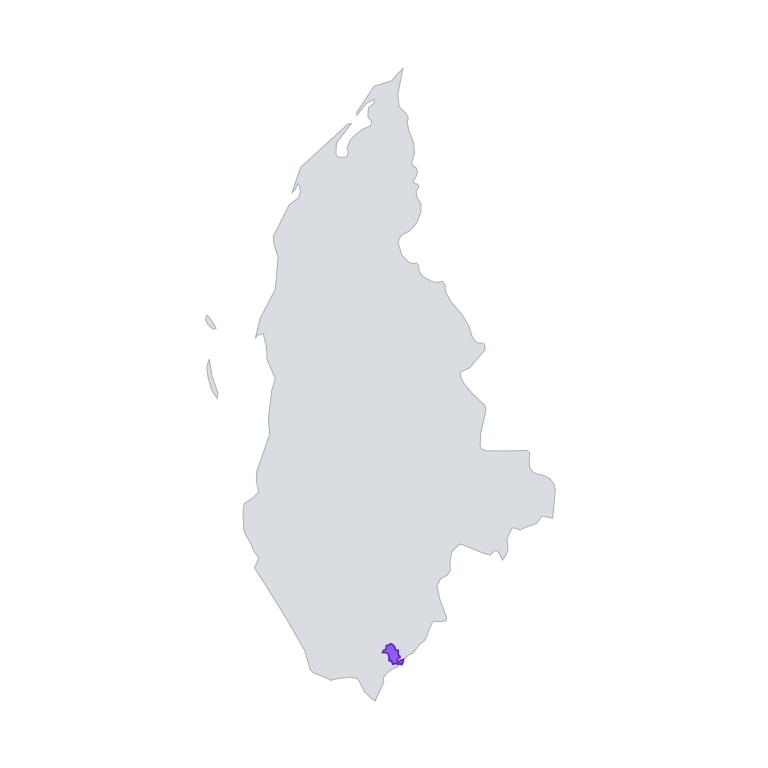 Cololaca, Lempira, Honduras shown in context, rotated 278°
{"feature_id": "27666195B2519536680444", "entity_name": "Cololaca", "entity_type": "district", "adm_level": 2, "iso_a3": "HND", "parent_name": "Honduras", "parent_adm1": "Lempira", "projection": "mercator", "projection_center": [-88.919, 14.306], "detail": "fine", "context": "in_parent", "style": "filled", "palette": "violet", "viewbox_px": 768, "rotation_deg": 278, "n_neighbors": 0, "source": "geoboundaries", "source_scale": "gbopen_adm2", "svg_char_len": 5765}
<svg xmlns="http://www.w3.org/2000/svg" viewBox="0 0 768 768"><g transform="rotate(278 384 384)"><path d="M699.1,358.9L673.0,357.3L660.6,360.5L655.2,367.8L650.6,371.1L646.7,370.4L638.9,373.2L627.1,379.7L616.4,382.2L606.9,380.6L604.1,382.2L603.4,384.3L601.9,386.4L598.3,387.5L594.0,386.9L589.3,384.6L586.8,385.6L586.5,389.8L583.9,391.0L579.1,389.0L573.6,390.5L567.5,395.6L559.0,396.6L548.0,393.7L539.4,388.2L533.4,380.2L526.2,378.1L513.5,384.1L508.2,391.2L507.1,395.5L508.3,399.3L506.0,401.9L500.1,403.2L495.6,408.0L492.5,416.2L491.9,422.6L493.8,427.1L490.8,430.4L483.1,432.5L474.0,439.6L463.5,451.7L453.1,460.1L442.7,464.9L437.7,470.2L438.1,476.0L437.4,477.8L435.5,478.5L432.1,479.3L412.1,466.6L406.3,457.8L401.3,459.1L395.1,463.6L386.2,473.6L376.7,487.1L372.1,488.6L348.4,486.6L335.9,487.8L333.3,489.6L332.1,494.6L332.9,501.2L336.3,525.0L338.2,534.8L336.3,537.8L330.0,538.3L321.7,539.7L317.1,544.2L316.1,548.8L315.6,555.3L313.0,561.9L307.9,566.7L302.8,568.4L274.6,569.7L275.1,558.7L266.9,554.2L262.3,545.0L258.2,538.8L259.6,535.1L259.2,530.7L247.7,527.3L236.9,529.9L230.7,528.2L226.1,525.9L234.0,520.4L234.5,517.1L232.0,514.7L229.4,513.1L230.2,506.9L231.8,499.7L236.2,482.6L234.5,479.7L227.3,474.6L218.2,474.0L208.2,475.6L203.3,473.0L199.1,467.2L191.9,464.4L179.2,469.0L165.8,476.1L161.6,478.6L158.2,478.3L156.7,473.0L156.0,466.8L155.2,465.2L148.0,463.0L139.6,461.4L135.4,459.7L131.3,455.5L121.3,450.0L119.1,445.9L105.7,436.6L103.0,431.9L99.9,428.6L93.4,424.3L88.4,425.3L71.4,419.9L68.9,419.5L71.2,414.8L76.6,407.5L88.2,399.4L89.2,392.9L86.2,380.3L83.1,372.2L84.7,368.6L88.4,353.9L91.2,350.5L108.1,343.1L109.6,342.1L123.0,331.7L137.7,320.2L153.1,307.5L170.2,293.2L179.7,284.9L184.1,281.3L193.9,284.3L201.7,277.5L206.2,275.3L216.7,267.2L220.0,265.5L237.5,262.2L246.0,262.2L253.5,270.4L259.4,274.9L270.5,271.0L279.8,270.2L318.3,277.8L333.5,274.4L361.6,273.7L374.2,275.6L392.0,264.8L403.5,262.7L416.9,257.6L415.1,252.5L411.9,250.2L432.4,252.4L462.9,263.3L495.4,261.4L507.1,255.5L514.7,253.8L547.9,265.0L556.7,273.6L563.6,274.5L568.9,272.5L570.3,270.7L563.8,268.8L560.8,266.2L587.0,271.4L636.4,312.1L637.4,315.4L616.3,303.4L605.2,304.3L602.3,306.3L602.9,312.8L603.9,315.9L608.7,316.3L612.2,314.5L620.9,316.6L626.7,321.0L633.7,327.7L637.9,334.9L642.4,335.1L646.9,330.7L655.3,330.2L660.7,335.0L664.6,334.8L659.2,327.2L646.5,319.7L649.5,319.3L677.6,332.9L685.6,349.8L692.2,353.7L699.1,358.9ZM367.8,212.7L351.5,221.0L346.4,220.8L353.8,214.4L365.9,208.9L376.1,206.2L384.5,207.4L367.8,212.7ZM423.5,203.9L415.8,210.0L414.4,207.3L418.1,201.6L422.8,198.3L427.3,198.7L426.2,201.1L423.5,203.9Z" fill="#d9dde1" stroke="#a8b0b8" stroke-width="1"/><path d="M125.4,422.8L123.4,422.7L122.3,422.9L121.8,422.6L120.4,421.6L120.3,421.0L120.2,420.9L120.0,420.5L119.8,420.4L119.6,420.4L119.2,420.3L118.8,420.4L118.6,420.3L118.5,420.2L118.4,420.2L118.3,420.3L118.2,420.2L117.9,420.0L118.1,421.2L118.1,422.6L118.1,423.3L118.0,424.3L117.8,424.5L117.2,425.8L117.0,426.0L116.9,426.0L116.7,425.9L116.6,426.0L116.4,426.1L116.2,426.1L115.9,426.3L115.6,426.5L115.4,426.5L114.8,426.9L114.7,426.9L114.3,426.9L114.2,426.9L114.1,427.0L113.9,427.1L113.5,427.1L113.4,427.1L113.1,427.3L112.9,427.3L112.8,427.1L112.6,427.1L110.9,427.4L110.9,427.5L110.6,427.8L110.8,428.1L110.8,428.3L111.0,428.4L111.0,428.5L111.1,428.8L111.0,429.0L111.0,429.3L110.7,429.4L110.7,429.5L110.4,429.6L110.2,429.6L110.2,429.8L110.0,430.0L110.2,430.3L110.1,430.5L109.8,430.5L109.7,430.6L109.5,430.8L109.4,430.8L109.3,431.0L109.2,431.1L108.8,431.4L108.7,431.4L108.5,431.5L108.3,431.5L108.2,431.4L108.1,431.5L108.0,431.4L107.9,431.4L107.8,431.6L107.7,431.6L107.6,431.8L107.7,432.0L107.7,432.3L107.8,432.4L107.9,432.5L108.0,432.5L108.2,432.9L108.3,433.2L108.4,433.4L108.5,433.5L108.7,433.9L108.7,434.0L108.9,434.1L109.0,434.3L109.0,434.5L109.2,434.8L109.1,435.0L108.8,435.2L108.8,435.3L108.7,435.5L108.7,435.8L108.6,436.0L108.4,436.2L108.4,436.3L108.5,436.5L108.6,437.0L108.6,437.3L108.7,437.5L108.8,437.8L108.9,438.1L108.8,438.4L109.1,438.6L109.1,438.8L109.1,439.3L108.7,439.6L108.7,439.8L108.6,440.0L108.4,440.1L108.3,440.3L108.4,440.5L108.5,440.7L108.6,440.8L108.8,440.9L109.1,440.9L109.3,441.0L109.5,440.9L109.5,441.0L109.9,441.2L110.0,441.3L110.2,441.5L110.3,441.5L110.6,441.5L110.9,441.5L111.0,441.5L111.3,441.6L111.6,441.8L111.9,441.8L112.0,441.8L112.6,441.8L112.8,441.8L112.9,441.6L113.0,441.6L113.3,441.5L113.3,441.4L113.5,441.3L113.8,441.4L113.6,441.1L113.5,440.9L113.4,440.7L113.2,440.3L113.2,440.2L113.3,439.9L113.3,439.7L113.2,439.6L113.1,439.4L112.9,439.2L112.6,439.0L112.6,438.9L112.5,438.6L112.4,438.6L112.2,438.4L112.0,438.2L111.8,438.0L111.7,438.0L111.7,437.9L111.7,437.7L111.4,437.5L111.3,437.4L111.2,437.2L110.9,437.0L110.7,437.0L110.5,436.8L110.5,436.6L110.5,436.4L111.0,436.0L111.4,435.8L111.5,435.8L111.6,435.7L111.9,435.5L112.2,435.5L112.3,435.4L112.5,435.3L112.8,435.3L113.0,435.6L113.5,435.9L113.8,436.0L113.9,436.3L114.0,436.5L114.3,436.7L114.6,436.8L114.8,437.1L114.9,437.3L115.1,437.4L115.1,437.5L115.3,437.5L115.5,437.7L115.7,437.8L115.9,438.0L116.0,438.0L116.0,437.9L116.0,437.7L116.2,437.4L116.4,437.3L116.5,437.2L116.7,437.3L116.7,437.2L116.9,437.2L117.0,437.2L117.1,436.9L117.1,436.5L117.1,436.4L117.3,436.3L117.4,436.2L117.6,436.2L117.8,436.2L118.2,435.9L118.5,435.7L118.8,435.5L119.0,435.6L119.3,435.6L119.5,435.5L119.8,435.4L120.0,435.3L120.2,435.2L120.3,435.2L120.5,435.3L120.8,435.3L121.0,435.5L121.2,435.4L121.3,435.4L121.4,435.2L121.5,435.1L121.9,435.1L122.0,435.0L122.3,435.1L122.5,435.1L122.1,432.4L122.3,431.9L122.5,431.9L123.0,431.9L123.2,431.7L123.3,431.8L123.5,431.9L123.9,431.9L124.0,431.7L124.3,431.6L124.5,431.5L124.7,431.4L124.9,431.2L125.0,431.2L125.8,430.7L127.5,428.1L127.7,427.8L127.6,426.4L126.1,424.9L125.4,422.8Z" fill="#8b5cf6" stroke="#5b21b6" stroke-width="1.5"/></g></svg>